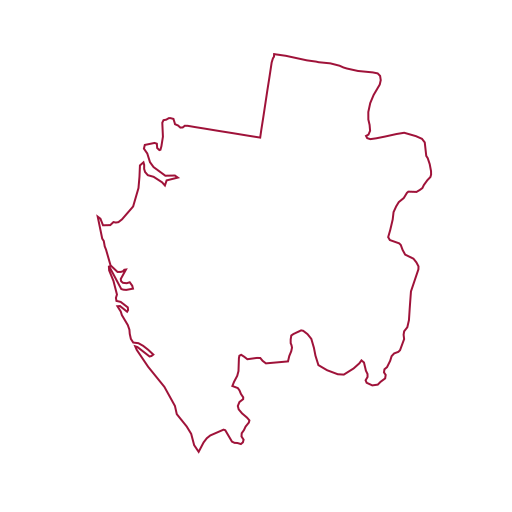 Gabon, Natural Earth projection, rotated 9°
{"feature_id": "GAB", "entity_name": "Gabon", "entity_type": "country or territory", "adm_level": 0, "iso_a3": "GAB", "parent_name": "Africa", "parent_adm1": "", "projection": "natural_earth1", "projection_center": [11.622, -0.807], "detail": "fine", "context": "isolated", "style": "outline", "palette": "rose", "viewbox_px": 512, "rotation_deg": 9, "n_neighbors": 0, "source": "natural_earth", "source_scale": "50m", "svg_char_len": 3390}
<svg xmlns="http://www.w3.org/2000/svg" viewBox="0 0 512 512"><g transform="rotate(9 256 256)"><path d="M351.7,62.8L351.4,67.3L347.0,78.5L344.9,87.1L344.4,96.2L345.6,103.6L347.7,108.8L349.1,114.5L348.1,118.5L345.9,120.2L347.4,122.2L350.6,122.7L356.2,121.0L364.6,117.9L375.8,113.5L383.1,111.1L395.2,112.6L401.6,114.3L404.9,117.4L408.5,130.5L410.3,132.5L413.2,138.1L415.6,144.8L416.2,148.2L415.9,150.7L413.4,154.3L410.7,159.6L409.7,162.9L407.4,165.2L404.5,167.6L396.4,168.6L395.2,170.0L392.9,175.6L388.6,180.4L386.7,185.0L385.0,191.1L385.3,198.6L384.5,209.4L383.6,216.7L385.7,219.3L395.4,221.1L397.3,222.5L399.8,227.0L403.1,231.3L411.9,234.0L415.4,237.2L418.1,240.8L418.5,243.7L416.5,255.5L414.6,266.7L415.3,275.3L416.0,283.5L417.1,295.4L416.6,302.7L414.1,307.2L414.1,310.7L415.3,314.9L413.0,326.5L411.6,328.4L407.7,330.6L405.6,333.7L404.9,338.6L402.8,345.3L400.6,347.8L400.6,350.9L402.7,353.2L402.7,356.7L398.7,360.8L396.4,364.0L391.1,365.6L385.1,363.9L383.7,361.6L385.1,358.0L384.6,355.1L382.5,352.1L379.3,344.3L376.5,342.6L374.9,345.8L370.0,351.8L361.3,359.4L355.3,360.0L344.1,357.7L334.7,354.0L330.3,345.1L327.6,337.7L323.6,329.2L319.1,325.1L314.3,322.5L312.2,322.4L305.3,327.1L303.3,329.0L303.3,333.0L303.9,336.7L305.0,338.5L305.9,340.9L305.7,344.6L304.5,349.6L304.1,355.1L282.6,360.5L278.9,358.5L276.2,356.1L272.9,356.5L263.6,359.3L260.2,357.4L256.8,355.9L255.2,357.1L255.1,359.5L256.7,372.4L256.2,377.3L254.0,383.7L253.0,388.1L258.7,389.3L260.7,391.3L262.7,394.6L265.5,397.6L265.7,399.4L262.5,402.8L261.5,407.0L262.9,410.2L266.8,413.6L272.5,417.1L275.2,419.4L275.0,421.6L272.4,426.1L271.3,429.9L269.6,433.3L269.9,436.5L272.5,439.4L272.2,442.1L270.5,444.1L266.9,443.6L264.0,443.9L261.3,443.1L252.9,432.9L251.1,432.6L238.9,440.4L235.9,443.7L233.4,448.3L230.0,458.4L224.5,452.5L219.8,441.8L214.2,435.2L202.5,424.6L199.4,416.8L186.0,399.6L166.8,382.3L152.9,367.4L150.8,364.1L153.2,364.5L166.6,371.9L168.4,371.1L170.0,369.4L164.2,365.5L158.6,362.4L153.5,360.5L148.3,360.7L145.4,357.5L143.5,352.7L142.5,348.6L140.2,344.3L132.8,335.4L131.1,332.0L127.0,327.3L129.5,326.7L137.4,331.2L138.1,329.4L137.4,326.8L129.5,322.5L125.2,322.2L124.2,319.3L124.7,315.8L119.1,302.9L113.2,293.2L112.2,288.7L128.1,309.7L130.3,310.0L133.1,309.8L139.6,307.5L138.4,304.7L135.4,301.7L132.6,303.1L128.8,303.3L126.8,302.1L126.0,299.9L129.7,289.7L128.1,290.2L126.9,292.0L124.8,292.9L121.7,293.4L113.8,288.0L106.9,273.2L105.1,270.2L103.3,265.0L101.4,262.9L93.5,241.9L96.5,243.5L100.1,249.6L107.2,248.3L109.9,244.8L112.3,244.9L114.8,244.1L117.9,240.8L126.9,226.3L129.3,207.3L128.5,195.9L127.2,184.7L130.2,181.1L131.3,183.5L131.9,187.5L133.3,190.4L136.5,193.1L142.5,193.8L151.7,197.9L155.0,200.6L155.9,195.3L166.5,190.8L163.3,189.2L153.9,190.9L140.9,184.2L136.6,179.9L132.6,171.8L128.5,167.5L128.8,163.7L138.1,160.2L140.5,160.6L141.5,164.8L144.0,166.5L145.0,166.0L145.4,162.4L145.4,152.7L142.6,139.0L143.4,136.3L146.0,135.4L148.3,133.5L149.8,133.2L153.0,133.5L154.6,136.7L155.4,138.5L158.6,139.3L161.2,141.0L163.5,140.5L165.3,138.5L168.1,138.1L176.5,138.2L184.2,138.2L199.5,138.3L214.8,138.3L230.1,138.4L241.6,138.4L241.5,130.5L241.5,118.4L241.4,104.0L241.3,90.2L241.3,77.5L241.2,62.4L241.8,58.1L242.6,56.3L242.3,53.8L254.2,53.6L275.6,54.8L284.9,54.6L287.6,54.8L299.3,54.1L308.8,55.0L312.8,56.1L316.4,56.6L327.7,57.3L342.6,56.4L347.6,56.6L350.4,58.7L351.7,62.8Z" fill="none" stroke="#9f1239" stroke-width="2"/></g></svg>